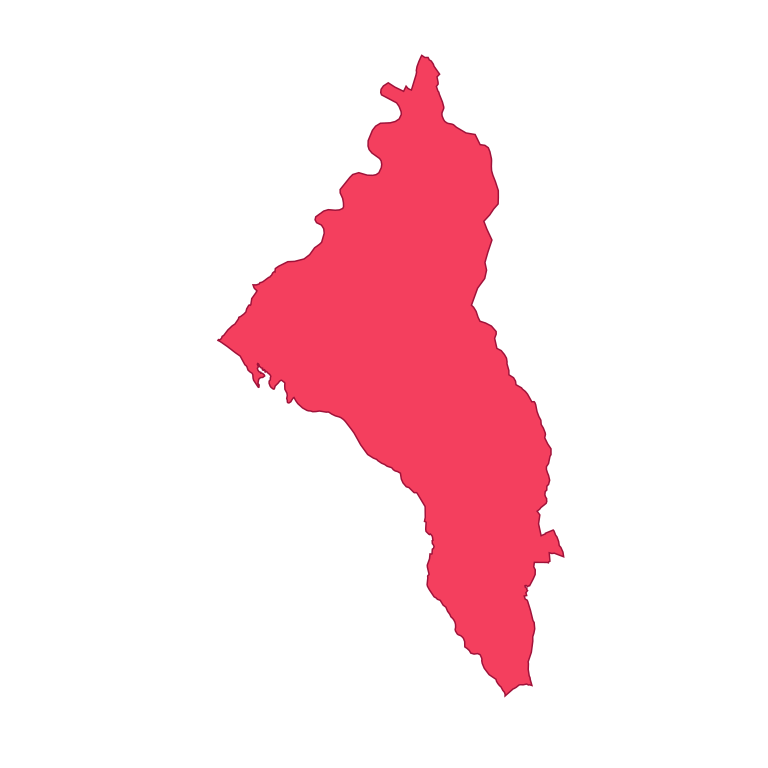 Valea Lunga, Alba, Romania (Natural Earth projection), rotated 84°
{"feature_id": "2599482B95544778278344", "entity_name": "Valea Lunga", "entity_type": "district", "adm_level": 2, "iso_a3": "ROU", "parent_name": "Romania", "parent_adm1": "Alba", "projection": "natural_earth1", "projection_center": [24.097, 46.129], "detail": "fine", "context": "isolated", "style": "filled", "palette": "rose", "viewbox_px": 768, "rotation_deg": 84, "n_neighbors": 0, "source": "geoboundaries", "source_scale": "gbopen_adm2", "svg_char_len": 6139}
<svg xmlns="http://www.w3.org/2000/svg" viewBox="0 0 768 768"><g transform="rotate(84 384 384)"><path d="M278.3,501.1L278.6,500.9L279.1,501.2L285.2,506.6L291.3,508.2L291.8,508.8L291.3,509.8L291.9,510.5L294.9,512.7L297.9,513.8L299.8,516.1L301.8,519.4L302.5,521.4L304.1,522.0L308.8,526.0L310.3,528.9L313.9,533.6L318.9,538.3L319.7,540.0L321.2,540.6L322.5,541.9L322.8,542.6L322.5,544.0L323.3,544.6L324.4,542.8L330.4,535.8L337.4,528.5L341.2,524.1L350.4,520.3L351.5,519.1L352.7,518.5L355.9,517.8L357.8,516.2L359.4,514.2L360.9,513.5L364.5,513.6L366.6,513.3L373.9,509.5L374.2,509.1L374.1,508.7L372.0,508.3L371.6,508.4L371.6,508.8L370.8,508.9L370.5,509.4L366.2,508.1L364.7,506.1L364.8,503.9L363.5,501.8L362.3,502.2L361.0,503.4L360.4,504.5L360.4,505.4L359.5,505.3L358.8,506.9L357.0,508.0L355.1,508.3L353.6,507.0L352.8,507.5L351.1,507.9L350.4,507.5L350.7,506.9L352.1,506.2L353.7,506.0L354.1,505.2L355.1,504.6L355.6,503.2L356.4,503.5L357.3,503.3L357.8,502.4L357.7,502.0L357.1,501.8L357.3,501.4L358.8,500.5L359.2,501.1L359.5,501.1L359.7,500.5L359.3,499.8L359.4,499.4L361.6,497.8L362.1,496.9L364.0,495.9L364.8,495.8L365.9,496.4L367.4,496.5L368.4,497.0L369.1,497.9L371.3,498.2L374.3,497.4L375.5,496.7L377.1,495.1L377.6,494.1L377.4,493.6L374.6,492.4L371.8,488.9L370.4,487.7L369.6,486.3L369.6,485.4L372.2,482.7L373.0,482.5L375.1,482.9L378.9,483.1L383.0,481.5L385.4,481.4L388.3,482.3L389.9,481.9L391.9,482.0L392.6,481.5L392.9,480.5L391.9,478.5L390.3,477.4L388.3,475.6L388.0,474.9L391.4,473.5L394.6,471.7L399.3,467.5L402.2,463.4L402.8,461.9L403.1,460.0L404.1,457.7L404.3,454.4L404.1,451.1L405.9,444.5L406.1,442.0L408.4,439.2L410.6,435.7L412.1,431.9L413.1,430.2L415.2,427.9L417.3,426.3L425.4,421.3L429.6,418.9L442.2,413.5L452.4,407.6L456.5,402.4L458.2,399.2L459.6,398.1L462.5,394.7L464.1,391.8L466.1,389.5L467.9,385.4L468.8,384.5L470.1,383.8L471.6,382.0L472.5,379.7L474.4,377.0L480.4,376.7L484.4,375.4L488.5,372.6L489.6,370.0L495.0,365.6L495.3,365.0L495.4,363.2L496.0,362.5L510.2,355.9L521.0,356.9L524.9,358.1L525.4,357.0L526.0,356.6L532.8,357.7L535.0,357.6L538.1,355.1L538.5,354.4L538.0,353.8L538.0,353.5L539.8,352.2L541.2,351.8L544.3,351.7L544.6,351.7L544.9,352.5L547.7,352.6L548.2,352.4L548.6,351.9L550.9,351.2L552.5,351.9L553.1,352.6L553.1,353.0L553.3,353.2L557.9,354.0L558.1,354.5L557.8,356.0L562.6,357.0L568.7,359.9L570.6,360.0L577.9,359.1L578.4,359.3L579.0,360.3L579.7,360.7L581.4,360.7L588.0,362.1L589.7,361.9L593.1,360.5L600.9,356.4L602.2,354.5L603.7,353.4L605.0,350.7L610.1,348.3L612.4,345.8L616.7,344.5L620.0,342.6L622.5,341.8L624.2,340.3L625.8,339.3L628.4,338.3L630.7,338.0L633.4,338.2L635.6,338.9L637.2,338.7L640.2,337.3L641.1,336.4L642.3,334.0L644.1,332.3L645.5,331.5L648.6,330.7L653.9,331.1L655.7,329.0L658.0,327.0L660.7,325.8L662.0,322.7L661.9,319.1L663.2,316.7L666.8,315.5L668.1,315.4L669.4,315.7L672.2,315.5L677.2,314.0L684.0,309.9L689.4,303.5L691.4,303.2L693.8,302.1L696.0,300.7L697.5,299.3L701.2,297.8L703.1,296.5L705.2,296.0L706.9,296.2L700.7,287.4L700.4,286.3L699.5,284.3L697.5,281.2L697.3,280.1L697.7,276.8L697.3,273.5L698.4,271.9L698.4,270.5L699.3,268.4L693.5,269.4L691.2,269.5L689.5,270.1L683.0,270.4L677.3,269.6L675.4,269.7L666.2,265.5L655.3,262.9L650.9,262.5L647.5,261.0L643.3,259.7L636.9,259.6L634.8,260.6L624.5,262.0L615.3,263.8L614.0,264.2L612.6,266.1L609.5,266.7L609.3,264.2L606.4,264.7L604.4,262.8L603.2,263.6L602.3,263.3L600.7,264.8L599.3,264.8L599.2,263.7L600.6,262.3L600.0,261.6L599.7,260.8L599.9,260.3L593.3,255.9L589.3,253.6L584.6,253.0L581.5,254.2L577.1,253.1L578.5,240.5L579.0,239.2L578.2,239.0L577.6,237.5L569.1,237.3L570.1,234.8L570.1,232.3L574.6,223.4L569.9,223.6L565.0,225.2L563.0,226.6L558.8,226.8L554.1,228.0L552.3,229.1L547.9,230.3L546.9,231.0L549.3,239.1L549.9,239.2L551.3,243.6L539.2,244.9L530.5,242.7L526.5,245.0L524.8,242.3L523.3,240.9L519.6,235.2L517.5,234.3L516.5,234.5L515.2,234.2L513.0,235.2L511.0,235.6L507.8,234.9L506.5,233.2L503.0,232.8L502.1,232.2L501.2,230.9L497.0,229.3L492.1,229.9L489.5,230.7L486.1,231.4L483.2,231.1L480.3,228.7L473.3,226.5L471.7,225.3L465.9,224.7L460.6,227.5L454.3,229.8L451.0,228.7L449.4,228.8L444.6,230.1L440.7,231.9L436.4,231.8L432.5,233.4L427.4,234.7L420.5,235.3L418.5,235.8L417.3,236.5L417.1,238.9L409.1,242.3L406.2,244.2L403.5,246.9L402.2,247.6L398.5,252.8L394.9,252.9L391.3,254.5L387.9,258.8L383.6,258.4L376.7,259.6L374.8,259.3L371.1,259.5L367.2,261.2L363.1,263.9L360.4,268.0L350.1,269.2L346.1,267.2L343.5,267.0L337.6,271.1L334.0,276.6L331.6,282.0L327.4,283.5L321.4,284.8L317.0,286.9L314.8,288.8L298.5,280.9L289.6,272.8L281.5,270.1L273.7,270.9L264.0,267.0L252.1,261.6L240.8,265.5L232.6,267.7L226.9,261.2L221.4,256.6L216.9,251.7L210.6,250.8L203.6,250.1L194.2,252.1L187.7,253.9L183.1,254.7L178.9,254.5L173.2,253.7L171.3,253.6L164.0,254.4L159.9,255.6L157.2,258.7L156.0,263.4L145.4,267.3L142.9,276.2L136.3,285.1L133.4,287.8L132.6,289.4L131.5,293.1L130.8,294.3L129.2,296.1L127.3,297.1L123.5,298.2L121.8,298.2L120.4,298.0L116.2,295.8L114.9,295.6L109.7,296.4L101.6,298.7L99.5,299.0L98.2,299.8L93.5,300.8L91.4,298.8L89.4,298.7L84.1,299.2L81.7,296.3L73.3,301.0L71.1,301.5L67.8,303.2L66.4,305.1L63.9,306.0L63.5,309.3L61.1,312.1L62.4,313.0L66.9,315.6L71.8,318.0L75.6,319.1L77.3,319.0L80.1,319.9L94.5,326.0L93.6,327.8L92.5,329.3L90.1,330.9L95.0,333.9L89.9,342.1L84.9,348.3L87.5,353.4L90.6,356.1L93.9,356.8L96.2,356.2L105.7,342.1L109.5,340.0L115.0,338.5L117.7,338.6L122.0,341.2L124.1,345.3L124.9,350.6L124.3,360.3L126.7,365.4L130.5,369.0L140.3,374.3L145.7,375.0L149.3,374.3L153.1,371.8L159.3,364.8L161.8,363.5L165.4,363.3L168.6,364.1L173.4,367.0L175.0,370.0L175.3,373.4L174.6,378.7L171.2,387.0L172.4,393.2L174.9,396.3L186.0,407.3L189.4,407.6L195.1,405.7L199.6,405.4L203.5,405.7L205.1,406.7L206.2,410.1L206.1,414.3L204.8,421.2L205.7,425.9L210.6,434.4L213.5,435.4L216.5,434.2L219.4,429.6L223.3,427.7L227.8,427.7L236.5,431.2L238.3,433.5L241.3,438.8L247.6,444.4L251.3,450.5L252.7,460.1L252.3,466.9L255.8,476.3L257.8,480.0L261.0,480.7L260.6,481.1L261.9,483.1L264.2,484.5L264.9,485.7L265.7,486.3L265.9,487.5L269.7,493.9L270.2,495.6L270.2,496.7L271.5,497.8L272.1,500.7L271.7,503.9L274.7,503.2L275.8,502.6L277.8,500.7L278.3,501.1Z" fill="#f43f5e" stroke="#9f1239" stroke-width="1.5"/></g></svg>